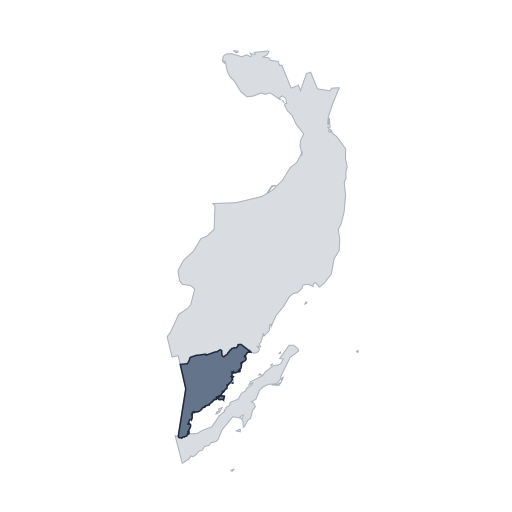 Mexico, with Sonora highlighted, rotated 258°
{"feature_id": "MEX-2712", "entity_name": "Sonora", "entity_type": "State", "adm_level": 1, "iso_a3": "MEX", "parent_name": "Mexico", "parent_adm1": "", "projection": "albers", "projection_center": [-111.078, 29.368], "detail": "fine", "context": "in_parent", "style": "filled", "palette": "slate", "viewbox_px": 512, "rotation_deg": 258, "n_neighbors": 0, "source": "natural_earth", "source_scale": "10m", "svg_char_len": 9309}
<svg xmlns="http://www.w3.org/2000/svg" viewBox="0 0 512 512"><g transform="rotate(258 256 256)"><path d="M68.5,140.8L97.1,139.5L95.7,142.3L140.8,159.7L174.7,159.2L174.6,152.9L195.6,152.3L199.5,156.7L214.9,168.2L219.0,178.2L221.9,182.0L236.4,189.2L240.7,185.8L243.5,178.1L247.6,176.1L257.8,176.6L266.9,184.2L273.6,195.7L284.4,205.7L285.7,212.5L290.9,220.6L313.6,226.3L316.3,224.7L312.3,247.3L313.0,273.8L314.7,279.3L321.4,286.1L320.7,290.3L320.5,286.2L314.9,280.3L317.1,286.0L324.5,297.6L335.6,308.1L338.8,315.1L346.6,321.6L344.6,321.7L348.8,322.9L347.4,322.0L354.7,322.0L360.2,323.8L365.5,328.0L377.1,322.5L386.0,320.6L391.5,316.9L397.6,315.3L399.0,316.2L398.8,317.7L404.1,317.9L407.2,315.0L405.6,311.4L404.1,312.6L404.4,311.7L412.6,303.8L412.3,298.5L414.4,295.1L413.0,286.7L413.6,280.2L419.9,275.3L431.8,271.1L436.7,267.9L442.5,266.3L452.7,266.4L453.3,264.9L450.7,265.4L453.8,263.7L458.3,265.6L459.8,269.2L458.8,274.6L453.9,283.5L454.7,288.6L452.1,292.3L452.9,293.3L455.7,292.3L453.3,296.1L453.6,297.4L455.5,296.6L454.1,310.0L453.3,311.3L450.6,308.9L449.2,304.2L447.2,309.7L444.3,310.7L441.8,318.0L437.4,318.7L437.4,320.9L412.9,325.3L414.2,333.0L408.5,333.9L424.0,343.3L424.4,347.7L406.8,350.8L402.2,362.6L404.4,365.0L403.3,372.5L388.6,362.4L377.0,355.7L370.3,353.5L369.7,354.4L375.9,356.4L366.5,355.2L366.9,353.1L364.6,354.3L362.9,352.7L361.5,354.8L364.6,355.3L360.1,356.4L356.0,359.8L342.1,366.0L332.4,363.7L324.5,363.8L318.8,361.1L313.5,360.4L309.8,357.6L296.8,356.3L280.4,351.2L269.6,345.9L264.9,342.0L254.2,341.3L243.9,338.4L237.1,331.8L222.9,326.0L215.2,317.1L212.4,311.5L217.7,308.6L216.7,306.2L214.2,305.5L217.6,301.0L217.8,295.8L214.7,294.2L211.6,289.2L211.5,284.5L209.4,280.3L201.1,272.7L193.8,263.4L182.9,255.5L186.0,256.9L186.1,255.1L180.4,253.5L176.0,247.1L179.0,247.2L170.7,243.0L169.5,240.8L166.4,241.7L165.9,240.7L168.1,238.1L164.2,240.1L161.8,238.3L161.2,234.0L164.0,230.1L165.1,230.9L163.0,226.9L160.4,224.5L157.0,224.6L154.5,219.4L150.4,218.2L147.8,216.0L146.1,211.3L147.1,208.4L139.8,206.9L127.0,192.1L126.3,188.5L124.4,187.4L116.4,169.0L115.7,163.4L116.6,161.5L109.8,159.1L108.2,156.0L106.0,155.0L103.5,156.6L94.3,150.8L95.9,154.4L94.6,161.3L96.5,166.9L98.1,177.4L107.5,186.9L110.5,193.1L112.0,192.9L112.7,194.8L114.1,195.0L115.4,199.1L118.2,200.3L119.7,208.8L124.7,213.1L126.4,217.9L128.7,219.4L130.5,225.0L132.5,226.4L131.3,222.2L134.2,224.7L137.6,237.6L140.9,241.3L145.3,250.5L144.7,254.4L145.7,257.9L149.5,261.3L150.8,257.8L161.8,269.8L160.9,274.3L156.7,277.7L154.3,278.1L149.6,268.2L132.6,254.9L131.0,255.1L127.6,250.9L126.9,248.0L127.9,241.8L126.5,235.8L123.9,231.5L115.9,226.2L114.3,221.1L112.8,223.2L108.7,224.1L105.7,220.6L98.2,216.9L97.1,213.9L91.6,209.4L91.1,207.9L96.9,208.9L100.3,207.7L100.2,209.1L103.1,210.6L102.1,207.1L100.7,206.9L103.6,200.0L93.1,186.7L84.3,180.7L82.7,177.7L82.8,172.9L80.7,171.2L80.1,165.7L77.4,163.3L77.1,160.0L73.4,154.7L72.8,152.3L74.1,150.7L71.5,148.5L68.5,140.8ZM126.5,192.3L125.5,195.6L122.6,194.4L123.8,189.4L125.5,188.9L126.5,192.3ZM114.8,191.4L110.7,187.8L109.7,184.0L111.7,185.3L112.2,187.4L114.3,187.9L114.8,191.4ZM460.0,281.2L458.8,280.4L459.0,278.8L461.5,277.0L460.0,281.2ZM127.8,255.0L124.7,251.5L126.6,244.6L126.0,250.8L127.8,255.0ZM89.6,204.6L87.3,204.1L88.9,200.4L89.9,203.2L89.6,204.6ZM52.2,190.5L50.5,188.0L50.9,187.0L51.6,187.1L52.2,190.5ZM130.3,255.1L132.2,257.8L128.3,255.2L130.3,255.1ZM200.6,294.9L200.3,296.1L199.3,295.7L198.8,293.8L200.6,294.9ZM146.5,248.1L147.2,250.2L145.2,247.5L146.5,248.1ZM139.0,234.0L140.1,235.0L138.5,236.9L139.0,234.0ZM142.5,336.0L141.7,336.3L140.5,335.5L141.5,334.3L142.5,336.0ZM401.9,314.7L399.8,315.5L403.3,313.7L401.9,314.7ZM156.9,260.0L155.8,259.8L155.6,257.8L156.9,260.0Z" fill="#d9dde1" stroke="#a8b0b8" stroke-width="1"/><path d="M95.9,142.5L135.2,157.6L140.5,159.6L141.2,159.7L165.7,159.4L164.9,166.5L167.9,169.1L168.3,169.3L169.2,169.6L169.8,170.0L170.4,170.5L170.6,170.9L171.3,177.5L171.0,178.3L170.5,186.4L170.2,186.5L169.4,186.5L170.5,195.2L170.7,195.7L170.4,197.3L170.4,197.6L171.6,201.1L171.7,201.6L170.7,202.7L170.5,202.8L167.5,202.2L166.4,202.2L165.4,202.3L165.2,202.4L164.5,203.0L164.3,203.2L164.2,203.5L166.0,207.7L167.3,208.5L167.5,208.8L167.6,209.4L167.8,209.6L169.2,210.8L169.0,211.1L169.0,211.5L169.5,212.1L170.4,212.7L170.5,212.9L170.6,213.3L170.5,214.7L170.8,215.4L170.8,215.8L170.7,216.1L170.3,216.7L170.2,217.1L170.2,217.4L170.6,218.0L171.7,219.6L172.0,219.9L172.7,219.8L173.1,220.5L172.7,221.9L172.7,222.8L172.6,223.0L167.7,227.2L164.9,229.5L164.6,229.3L164.2,229.1L164.4,229.4L163.9,229.3L163.5,229.7L163.4,229.7L163.5,228.5L163.3,227.4L162.5,226.5L162.0,226.1L161.6,225.5L161.2,225.2L160.5,225.0L160.4,224.9L160.5,224.8L161.1,225.0L161.0,224.8L160.9,224.7L161.0,224.6L160.9,224.4L160.5,224.4L160.4,224.0L160.1,224.2L159.8,223.9L159.5,224.3L159.9,224.5L159.9,224.8L160.3,225.0L160.2,225.1L159.8,224.9L158.9,224.7L158.3,224.8L158.1,224.9L158.1,225.0L157.7,225.0L156.8,224.6L156.0,223.8L155.7,223.3L155.5,222.3L155.3,222.0L155.1,221.4L154.5,220.5L154.6,220.4L155.1,221.1L155.3,221.3L155.0,220.5L154.9,219.6L154.4,219.1L154.1,218.9L153.6,218.8L153.4,219.0L153.1,219.3L152.7,219.1L150.2,218.4L149.6,218.1L148.8,217.1L148.2,216.7L147.6,216.4L147.3,216.5L147.3,216.3L148.3,216.4L148.5,216.3L147.9,215.7L147.9,215.2L147.7,215.2L147.2,215.3L146.9,215.2L146.8,214.4L146.5,214.2L146.4,213.3L146.0,212.0L146.0,211.5L146.1,211.3L146.5,211.1L146.7,210.7L146.3,210.8L146.2,211.0L146.4,210.5L146.4,210.4L146.9,210.2L146.5,210.1L146.3,210.0L146.3,209.8L146.4,209.4L146.2,209.4L146.1,209.1L146.2,208.9L146.3,209.1L146.4,208.8L147.3,208.7L147.4,208.3L147.1,208.4L146.4,208.1L146.1,208.1L146.2,208.3L145.4,207.9L144.5,207.7L143.6,207.7L143.2,207.8L143.2,207.7L143.7,207.5L143.5,207.2L143.4,206.7L143.2,206.6L143.1,206.8L143.0,207.4L142.7,207.9L142.8,207.9L143.0,207.9L143.0,208.0L143.0,208.4L142.7,208.8L142.3,208.2L142.0,208.1L141.7,207.8L142.1,207.6L141.6,207.2L141.3,207.0L140.8,207.1L140.6,207.4L140.0,207.4L140.1,207.2L139.8,206.9L139.7,206.9L139.5,206.7L139.2,206.6L138.6,205.9L138.2,205.8L138.0,205.4L137.8,205.2L137.6,204.7L137.2,204.2L137.1,203.6L137.0,203.4L136.7,203.4L136.4,202.6L135.9,202.1L135.7,201.9L135.6,201.6L135.8,201.3L135.9,201.0L135.4,201.1L134.0,200.6L133.3,200.2L132.5,200.0L131.9,198.2L129.9,196.3L129.6,195.8L129.6,195.7L129.8,195.7L130.3,195.5L130.5,195.9L130.7,195.6L130.6,195.1L129.9,195.2L129.4,194.6L128.6,194.3L128.5,194.0L128.4,194.0L128.4,193.8L128.0,193.4L127.7,193.0L126.9,192.8L126.9,192.7L127.1,192.5L126.9,191.7L126.9,191.4L126.7,191.3L127.0,190.8L127.0,190.7L126.8,190.4L126.6,190.1L126.2,189.7L126.4,189.1L126.4,188.8L126.1,187.9L125.8,187.7L125.2,187.7L125.0,187.8L124.9,188.2L124.7,187.8L124.0,187.5L123.9,187.0L124.4,185.8L124.4,185.5L124.3,185.3L124.1,185.2L123.8,185.0L123.8,184.4L122.9,183.6L122.5,182.6L122.4,182.5L122.2,182.5L122.0,182.2L121.8,181.4L121.3,180.7L121.1,179.8L120.9,179.6L120.7,179.5L120.2,179.6L120.0,179.4L119.9,179.3L120.1,179.0L120.0,178.8L120.2,178.0L119.9,177.4L120.0,175.6L119.8,175.2L119.3,174.5L119.1,174.4L118.9,174.3L118.8,174.5L118.7,174.4L118.8,174.1L118.9,173.1L118.8,172.5L118.6,172.1L118.1,171.5L117.2,170.7L116.1,168.7L115.7,167.1L115.6,166.7L115.8,166.2L116.0,164.8L116.0,164.3L115.6,163.3L115.6,163.1L115.8,163.2L116.1,164.1L116.5,163.6L116.6,161.9L116.4,161.6L116.1,161.2L115.8,161.0L115.5,161.0L115.8,161.3L114.8,160.9L114.7,160.5L114.6,160.4L114.4,160.0L113.9,160.1L114.0,160.3L114.5,160.6L114.3,160.6L110.6,159.8L110.5,159.5L109.8,159.3L109.5,159.1L109.8,159.1L109.6,157.8L109.7,157.4L109.4,156.9L108.7,156.4L108.2,156.2L107.7,155.9L106.8,155.5L106.7,155.2L106.0,155.4L105.8,155.2L105.8,154.6L105.6,154.5L105.5,155.6L105.8,155.7L105.9,155.8L105.5,156.2L105.5,156.3L105.2,156.4L104.9,156.9L103.4,156.8L102.8,156.5L102.5,156.3L101.9,156.0L101.4,155.5L101.4,155.4L100.2,154.6L99.8,154.3L99.4,154.1L98.4,152.9L98.2,152.9L97.2,152.8L96.5,152.2L95.8,152.0L95.3,151.4L95.0,151.2L94.3,150.7L94.3,149.0L94.1,148.6L93.8,148.4L93.8,148.2L94.1,147.7L94.1,147.4L94.0,146.9L93.8,146.4L93.2,145.5L93.2,145.3L93.9,144.6L94.0,144.3L94.1,143.6L94.2,143.3L94.6,142.7L94.9,142.5L95.5,142.6L95.9,142.5ZM125.6,195.6L125.2,195.9L125.0,195.7L124.7,195.6L124.4,195.5L123.9,195.1L123.7,195.2L123.2,195.0L123.2,194.9L122.9,194.8L122.9,194.7L122.2,194.3L122.1,194.1L121.9,194.1L122.5,193.6L122.8,193.3L123.0,192.7L122.8,192.4L122.8,191.8L122.9,191.2L123.1,190.1L123.3,189.7L123.6,189.5L123.8,189.6L124.1,189.7L124.6,189.3L125.3,189.2L125.6,188.9L125.8,188.9L125.6,189.2L125.6,189.4L125.8,189.6L125.6,190.0L125.7,190.4L126.1,191.0L126.6,192.0L126.4,192.5L126.3,193.0L126.2,193.7L126.0,193.9L126.1,194.1L125.9,194.4L125.6,195.1L125.6,195.4L125.8,195.4L125.9,195.6L125.7,195.7L125.6,195.6ZM96.0,152.3L96.4,152.3L96.9,152.8L97.4,153.5L97.5,153.9L97.2,153.8L97.1,153.6L96.8,153.8L96.2,153.5L95.8,152.9L96.0,152.3ZM163.6,230.7L163.7,229.7L163.8,229.6L164.1,229.6L164.5,229.8L164.6,230.1L163.6,230.7ZM146.3,216.1L146.2,215.2L146.4,214.7L146.3,215.2L146.4,215.9L146.6,216.1L147.2,216.3L147.1,216.5L146.5,216.3L146.3,216.1ZM153.3,219.3L153.6,219.3L154.0,219.5L154.4,219.8L154.6,220.2L154.2,219.8L153.9,219.6L153.3,219.3ZM162.9,231.1L163.2,230.5L163.2,230.2L163.3,230.2L163.4,230.4L163.3,230.7L163.0,231.1L162.9,231.1ZM136.6,207.1L136.4,206.8L136.5,206.6L136.8,207.1L136.6,207.1Z" fill="#64748b" stroke="#1e293b" stroke-width="1.5"/></g></svg>